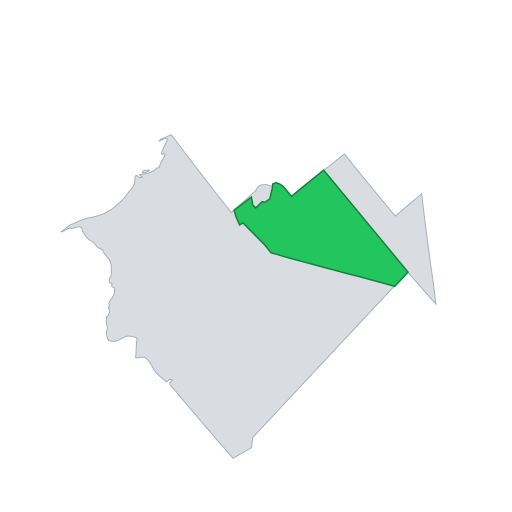 location of Zoueratt, Tiris Zemmour, Mauritania, rotated 51°
{"feature_id": "47542326B94085620874331", "entity_name": "Zoueratt", "entity_type": "district", "adm_level": 2, "iso_a3": "MRT", "parent_name": "Mauritania", "parent_adm1": "Tiris Zemmour", "projection": "orthographic", "projection_center": [-11.264, 23.151], "detail": "fine", "context": "in_parent", "style": "filled", "palette": "green", "viewbox_px": 512, "rotation_deg": 51, "n_neighbors": 0, "source": "geoboundaries", "source_scale": "gbopen_adm2", "svg_char_len": 3840}
<svg xmlns="http://www.w3.org/2000/svg" viewBox="0 0 512 512"><g transform="rotate(51 256 256)"><path d="M224.1,422.2L223.5,422.0L220.8,420.0L219.4,417.8L217.3,416.0L214.3,414.9L212.3,413.5L211.4,412.1L210.3,411.1L209.2,410.6L209.1,410.0L209.4,409.3L209.1,408.0L207.3,404.9L205.7,403.5L204.3,403.7L203.5,403.4L203.0,402.7L202.9,401.7L201.9,400.9L200.3,400.5L199.0,398.3L198.0,394.2L196.7,391.0L195.1,388.7L194.0,387.8L193.2,387.6L192.9,387.3L192.7,386.6L191.4,386.3L189.7,387.0L188.1,386.8L187.3,385.6L186.2,385.5L184.9,386.4L183.4,386.1L181.7,384.6L180.8,383.2L180.7,381.7L177.9,378.8L172.4,374.4L166.5,372.2L160.0,372.4L156.3,372.1L155.6,371.4L154.8,371.4L153.9,372.2L153.1,372.3L152.2,371.9L151.6,372.2L151.4,373.3L149.1,373.8L144.7,373.7L141.2,374.2L138.5,375.5L134.7,375.9L129.8,375.6L126.9,375.0L125.9,374.2L124.5,374.0L122.7,374.3L121.0,376.4L119.5,380.2L118.3,382.3L117.3,382.8L116.2,385.7L115.5,390.4L114.6,392.5L114.9,380.6L116.4,376.2L117.0,372.3L120.2,363.7L123.9,356.7L127.5,347.4L128.9,338.3L128.7,329.4L128.0,321.4L126.5,316.1L125.1,308.4L122.9,304.3L118.7,300.6L117.8,298.5L118.8,297.8L121.4,297.4L123.2,294.7L119.6,295.6L123.9,287.4L125.4,281.7L125.3,277.9L126.1,275.6L123.2,270.5L121.0,264.1L119.8,263.0L118.5,262.5L118.4,263.9L117.6,265.3L116.2,264.4L113.7,259.7L110.2,252.1L109.0,251.2L107.9,252.2L107.2,253.2L105.7,259.4L105.4,256.9L106.0,254.0L107.1,250.4L108.3,245.5L111.5,245.6L117.2,245.8L128.6,246.2L134.3,246.4L145.7,246.7L151.4,246.8L162.8,247.1L168.6,247.2L180.0,247.5L185.7,247.6L197.2,247.7L202.9,247.8L206.7,247.9L206.5,244.3L206.3,241.5L206.1,237.7L205.9,233.9L205.8,230.1L205.6,226.6L205.4,223.0L205.2,219.7L205.1,216.7L204.8,214.9L203.6,211.5L203.4,209.8L203.7,208.0L204.6,206.3L206.8,203.2L210.2,200.8L214.1,198.1L217.0,196.0L218.5,195.5L223.1,194.8L226.7,193.3L230.3,191.7L231.7,190.9L231.9,187.9L232.3,123.1L249.4,123.2L253.9,123.2L285.3,123.0L289.8,122.9L312.6,122.6L312.6,119.6L312.5,115.2L312.3,109.2L312.2,103.1L312.0,92.5L311.9,88.1L316.4,91.0L325.5,96.7L330.1,99.6L339.3,105.3L348.4,110.9L357.7,116.6L362.3,119.4L366.9,122.2L371.5,125.0L376.2,127.8L385.5,133.4L389.4,135.7L395.4,139.5L401.0,143.0L406.6,146.5L398.2,146.9L386.8,147.3L379.1,147.6L371.2,147.9L363.8,148.2L364.6,154.2L365.6,160.9L366.5,167.5L367.4,174.2L368.3,180.8L371.1,200.7L372.0,207.4L372.9,214.0L373.8,220.6L374.8,227.3L376.6,240.6L377.5,247.2L378.5,253.8L379.4,260.5L380.3,267.1L381.2,273.7L383.1,287.0L384.0,293.6L384.9,300.2L385.8,306.8L386.8,313.5L387.7,320.1L388.6,326.7L389.5,333.3L391.4,346.5L392.3,353.1L393.2,359.7L394.1,366.3L395.0,372.7L398.1,376.0L402.1,380.0L401.2,386.1L400.0,393.3L398.8,401.1L388.1,401.5L377.6,401.9L351.3,402.7L346.1,402.8L319.8,403.4L314.5,403.5L304.3,403.7L301.3,403.5L300.2,402.9L299.8,398.9L298.9,399.2L297.9,400.4L297.3,401.7L297.5,403.3L297.4,404.8L294.0,405.4L289.4,406.4L284.6,407.1L279.7,406.9L278.1,406.6L276.3,406.1L272.4,405.5L270.3,405.5L267.9,405.6L265.1,406.0L264.2,406.7L262.0,409.7L259.9,413.2L258.6,413.2L257.1,411.3L252.9,407.7L247.8,403.0L245.5,400.6L244.3,400.3L241.8,402.0L239.8,403.6L237.6,405.9L236.6,408.1L235.8,410.7L235.4,413.8L234.6,417.3L232.9,420.2L230.8,422.3L229.2,423.4L228.6,423.9L224.1,422.2ZM121.6,289.4L119.9,292.0L119.2,291.0L119.0,289.3L120.5,286.9L121.2,285.6L122.5,285.2L121.6,289.4Z" fill="#d9dde1" stroke="#a8b0b8" stroke-width="1"/><path d="M221.6,249.2L222.0,245.3L253.7,242.2L263.2,242.3L265.7,240.2L273.9,234.7L283.1,228.1L300.9,215.2L304.7,212.5L314.8,205.1L328.7,195.0L334.5,190.6L355.5,175.4L366.9,167.3L364.2,148.0L231.8,149.4L231.8,178.7L232.0,190.8L228.3,190.9L222.2,191.0L219.0,191.1L215.6,192.0L211.6,194.2L210.6,197.7L213.5,200.6L219.4,208.2L220.3,209.3L220.0,212.9L219.9,215.2L217.7,217.0L218.5,225.9L213.9,226.4L212.1,225.1L207.3,222.5L206.7,244.3L213.1,246.9L221.6,249.2Z" fill="#22c55e" stroke="#15803d" stroke-width="1.5"/></g></svg>